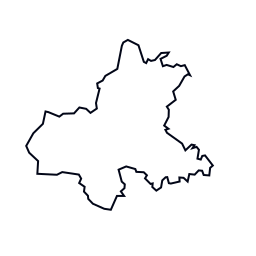 Petrovets, Skopje, North Macedonia (Natural Earth projection), rotated 197°
{"feature_id": "65306769B87468718843329", "entity_name": "Petrovets", "entity_type": "district", "adm_level": 2, "iso_a3": "MKD", "parent_name": "North Macedonia", "parent_adm1": "Skopje", "projection": "natural_earth1", "projection_center": [21.679, 41.91], "detail": "fine", "context": "isolated", "style": "outline", "palette": "ink", "viewbox_px": 256, "rotation_deg": 197, "n_neighbors": 0, "source": "geoboundaries", "source_scale": "gbopen_adm2", "svg_char_len": 1428}
<svg xmlns="http://www.w3.org/2000/svg" viewBox="0 0 256 256"><g transform="rotate(197 128 128)"><path d="M208.8,119.9L211.7,119.7L210.6,107.1L217.0,95.3L220.1,81.1L215.3,75.5L204.3,70.1L201.3,57.7L182.3,62.5L178.0,66.6L161.4,69.1L158.0,65.9L158.6,61.1L152.3,59.1L151.5,54.3L146.5,51.5L145.3,48.6L139.4,45.3L127.1,43.8L120.5,44.8L118.7,59.8L111.9,61.9L116.3,65.3L113.8,69.4L114.6,73.2L118.3,74.9L124.8,85.4L118.5,90.7L109.0,90.9L107.2,88.5L100.0,90.3L96.1,88.3L97.0,84.8L90.1,81.1L88.2,82.2L87.5,78.7L82.6,76.4L79.0,80.8L79.9,87.9L77.6,91.9L76.1,92.5L72.8,87.2L70.8,87.4L63.0,91.9L64.4,95.7L60.3,96.6L55.3,94.2L55.9,101.9L50.6,102.9L48.0,108.1L44.6,108.8L41.9,105.2L36.4,106.4L37.8,113.9L35.9,116.9L46.3,124.3L48.8,123.0L49.2,119.1L52.6,119.0L53.8,127.9L56.9,130.0L60.4,127.6L59.4,131.0L62.4,130.7L66.6,123.4L71.7,128.9L89.3,134.8L91.7,137.2L89.1,139.1L94.1,140.9L92.4,150.4L94.3,157.4L97.1,159.8L90.6,168.9L95.5,176.2L91.4,183.2L89.0,193.8L86.4,196.9L84.1,196.6L92.1,204.7L95.5,202.6L100.0,203.2L102.4,199.6L109.5,199.6L112.7,197.3L117.1,203.6L112.1,208.4L111.1,212.1L118.2,209.4L122.1,200.9L125.6,198.9L128.9,199.7L129.6,195.4L132.2,195.9L142.2,210.2L153.9,212.2L157.5,208.4L157.9,204.8L155.5,181.4L164.9,171.2L166.1,166.0L170.5,161.6L168.5,157.4L166.7,157.4L165.9,142.5L163.5,137.5L168.3,131.5L173.6,134.1L180.5,133.4L183.9,126.2L194.2,122.7L197.0,118.8L208.8,119.9Z" fill="none" stroke="#020617" stroke-width="2"/></g></svg>